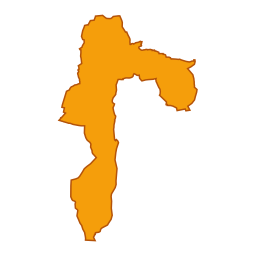 Bungudu, Zamfara, Nigeria
{"feature_id": "59680162B44112457363104", "entity_name": "Bungudu", "entity_type": "district", "adm_level": 2, "iso_a3": "NGA", "parent_name": "Nigeria", "parent_adm1": "Zamfara", "projection": "orthographic", "projection_center": [6.612, 12.009], "detail": "fine", "context": "isolated", "style": "filled", "palette": "amber", "viewbox_px": 256, "rotation_deg": 0, "n_neighbors": 0, "source": "geoboundaries", "source_scale": "gbopen_adm2", "svg_char_len": 5178}
<svg xmlns="http://www.w3.org/2000/svg" viewBox="0 0 256 256"><path d="M81.5,36.4L82.7,39.5L84.1,39.9L84.2,42.8L83.2,44.4L82.5,45.6L81.9,47.3L79.5,48.8L80.0,49.7L80.9,49.9L80.9,52.9L80.6,56.1L81.1,58.4L81.4,60.7L81.7,63.5L78.3,65.8L78.8,66.9L79.0,69.2L78.5,69.4L78.2,69.5L78.1,69.8L78.0,70.1L78.4,70.3L78.5,71.0L78.7,71.4L78.5,71.9L78.3,72.6L77.7,73.0L77.7,73.8L78.1,75.1L78.5,77.1L78.8,77.8L79.5,79.0L79.5,80.0L79.5,80.5L79.8,81.4L79.8,83.6L78.2,83.9L77.3,84.5L76.0,84.8L74.7,85.0L74.0,85.5L72.9,86.2L71.5,86.8L70.9,87.2L69.9,88.6L69.5,89.8L66.5,91.3L62.3,105.1L61.9,107.3L64.4,107.8L63.5,112.1L65.5,113.1L62.1,116.9L61.7,117.3L61.6,117.6L61.2,117.8L60.9,117.7L60.7,117.8L60.6,118.0L60.6,118.5L60.4,118.9L59.9,119.3L59.0,120.3L60.7,120.8L61.5,121.1L62.6,121.3L63.5,121.7L66.0,122.4L67.0,122.7L68.5,123.2L70.2,123.3L73.1,124.4L78.9,125.5L81.4,125.8L84.6,125.8L84.4,133.1L85.8,137.7L87.0,139.9L88.5,141.3L89.9,142.3L90.9,144.1L90.6,147.1L92.1,150.7L92.1,152.0L92.6,153.5L96.3,157.6L90.5,163.8L87.0,166.4L84.4,168.6L82.3,172.2L79.6,176.4L78.0,178.0L75.8,178.9L73.5,179.5L71.2,180.1L70.9,185.6L70.8,196.8L72.0,199.6L72.8,200.5L74.3,201.0L75.2,201.5L75.5,202.3L75.1,204.2L75.4,208.1L76.5,209.0L77.4,209.7L77.8,210.4L77.6,211.8L77.0,215.5L77.1,216.3L78.5,219.4L80.0,223.1L81.7,225.5L82.8,229.1L84.6,232.4L85.3,236.2L85.6,238.3L85.5,240.1L95.1,240.6L94.2,238.7L93.6,237.5L93.6,237.0L93.9,236.4L94.4,235.7L94.6,234.5L94.8,234.3L95.2,234.4L95.3,234.2L95.4,233.9L95.3,233.6L95.3,233.4L95.5,233.2L95.5,232.8L95.7,232.7L96.3,232.5L97.0,232.5L97.7,232.4L98.4,232.3L99.2,232.0L99.6,231.8L100.1,231.4L100.3,230.9L100.5,229.8L101.0,228.8L102.2,227.8L107.5,225.0L108.6,223.1L111.1,219.3L112.2,215.3L111.3,208.2L111.6,201.2L111.1,196.6L111.5,193.9L115.2,187.6L116.1,184.5L116.0,180.8L117.0,168.6L115.0,159.9L115.8,152.6L116.6,148.4L118.5,142.7L117.8,141.0L116.3,139.5L116.0,139.7L116.0,139.9L116.0,140.1L115.8,140.2L115.7,140.4L115.6,140.6L115.1,140.2L114.6,139.8L113.6,129.2L113.9,127.5L114.0,124.9L114.7,121.7L114.8,121.1L114.7,121.1L114.8,120.7L114.8,120.3L114.6,119.8L115.0,119.2L115.3,118.5L115.7,116.1L114.7,114.8L113.7,111.4L113.0,107.8L114.1,105.3L114.5,104.0L113.1,103.1L112.3,102.0L112.3,100.2L113.1,97.9L115.7,94.5L115.8,93.2L116.5,90.1L116.1,85.0L116.9,82.9L118.1,79.5L119.8,79.4L121.7,79.6L123.0,79.5L122.8,78.9L125.2,78.1L126.0,77.9L129.4,78.0L129.7,77.9L129.9,77.9L130.1,77.8L130.8,77.7L131.1,77.5L131.3,77.4L131.6,77.4L131.8,77.3L132.0,77.2L132.7,76.6L133.0,76.3L133.3,75.3L133.5,74.4L134.1,73.7L136.1,74.7L137.0,75.3L137.8,75.4L138.4,75.4L139.2,75.2L139.5,77.2L139.6,78.2L140.2,79.0L140.9,79.9L141.4,80.4L141.9,80.9L145.7,79.9L148.4,79.6L152.6,79.3L152.9,79.3L153.3,79.2L153.5,79.2L154.0,79.0L156.0,78.6L155.8,79.2L155.7,79.5L155.9,80.0L156.0,80.2L156.0,80.3L156.1,81.5L156.9,83.1L157.3,84.1L158.7,87.2L160.0,89.3L160.3,91.5L160.1,94.2L159.5,95.2L166.4,101.9L166.4,103.5L166.4,104.0L166.1,104.1L166.1,104.6L167.3,104.6L167.2,105.4L168.7,105.5L169.2,105.5L170.5,105.5L172.9,106.1L176.5,107.9L177.1,110.6L185.2,109.0L185.9,110.8L189.9,110.2L187.8,106.2L191.8,103.4L194.5,99.9L195.3,96.7L196.6,92.3L197.0,89.5L194.4,87.2L194.5,86.0L194.2,83.6L194.2,81.9L194.0,80.5L193.8,78.5L193.2,76.2L193.0,75.4L192.8,74.7L187.6,68.6L191.0,66.8L194.4,64.3L195.1,61.6L194.9,59.9L193.8,59.9L193.7,61.0L191.9,61.1L191.3,61.4L189.3,62.0L186.0,61.4L181.2,59.9L179.7,59.2L178.5,59.4L175.7,59.1L172.4,58.9L172.2,58.9L171.2,59.0L171.1,58.7L170.6,58.1L170.5,57.9L170.4,57.7L169.9,57.7L169.2,57.2L166.2,57.1L165.7,55.5L165.5,54.9L164.5,54.4L163.2,54.4L163.1,53.6L159.0,53.6L158.9,53.0L158.8,52.3L156.3,51.2L155.7,51.1L155.3,50.9L155.1,51.1L154.9,51.0L154.8,50.9L154.7,50.7L154.7,50.4L154.5,50.1L154.4,50.1L154.2,50.2L154.0,50.3L153.8,50.3L153.8,50.5L153.6,50.5L153.4,50.4L153.2,50.3L152.9,50.4L152.8,50.2L152.6,50.3L152.3,50.4L152.3,50.2L152.2,50.1L151.9,49.8L151.0,49.6L150.9,49.7L150.5,49.6L150.3,49.4L150.0,49.4L149.9,49.5L149.6,49.5L149.3,49.6L148.7,49.6L147.9,49.7L147.4,49.8L147.1,49.5L146.9,49.4L146.4,49.5L146.2,49.4L145.9,49.4L145.5,49.6L145.2,49.7L144.6,49.8L144.0,49.9L143.5,49.9L142.8,50.2L141.4,50.2L139.9,49.1L139.5,48.8L139.1,48.4L138.9,48.0L138.8,47.4L138.9,47.0L139.6,46.6L140.6,46.2L141.3,46.0L141.4,45.9L141.4,45.7L141.5,45.4L141.3,45.1L141.2,45.0L141.2,44.8L141.3,44.7L141.2,44.4L140.9,44.3L140.9,44.2L141.0,44.0L141.3,43.8L141.4,43.6L141.4,43.3L141.7,43.0L141.7,42.9L141.6,42.7L141.4,42.7L141.3,42.3L141.6,42.2L141.8,42.1L141.9,41.7L141.5,41.7L141.4,41.7L141.2,41.7L141.1,41.8L141.0,41.7L140.9,41.6L140.7,41.5L140.3,41.6L140.2,41.5L140.1,41.4L139.9,41.6L138.2,42.3L137.0,42.5L136.0,42.7L135.6,42.8L135.3,43.0L135.0,43.3L133.6,44.0L133.4,43.8L132.9,43.5L132.4,43.6L131.7,43.7L131.4,44.1L130.9,44.4L130.8,44.2L130.1,44.3L130.0,42.8L129.9,41.8L129.9,41.6L129.9,41.1L130.0,40.8L130.0,39.8L129.8,38.7L129.3,37.6L129.0,37.0L127.9,34.9L126.7,32.0L125.7,32.2L125.4,31.9L122.2,26.8L122.3,22.5L121.8,20.6L119.8,15.9L118.1,15.9L113.2,16.5L112.5,17.3L111.2,18.4L109.5,18.6L106.5,18.4L104.8,17.2L102.6,15.4L95.5,16.1L95.4,16.7L94.1,20.2L90.4,20.6L88.0,25.0L87.3,24.8L86.6,25.0L85.8,25.3L85.4,25.2L84.6,25.5L84.3,26.7L82.7,30.7L81.5,36.4Z" fill="#f59e0b" stroke="#b45309" stroke-width="1.5"/></svg>